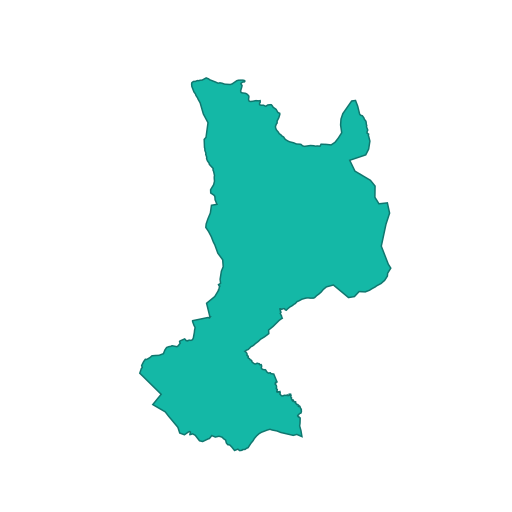 Gwaram, Jigawa, Nigeria (Robinson projection), rotated 250°
{"feature_id": "59680162B43366957039329", "entity_name": "Gwaram", "entity_type": "district", "adm_level": 2, "iso_a3": "NGA", "parent_name": "Nigeria", "parent_adm1": "Jigawa", "projection": "robinson", "projection_center": [9.954, 11.204], "detail": "fine", "context": "isolated", "style": "filled", "palette": "teal", "viewbox_px": 512, "rotation_deg": 250, "n_neighbors": 0, "source": "geoboundaries", "source_scale": "gbopen_adm2", "svg_char_len": 6117}
<svg xmlns="http://www.w3.org/2000/svg" viewBox="0 0 512 512"><g transform="rotate(250 256 256)"><path d="M70.6,237.4L76.5,238.5L81.4,238.9L83.9,240.2L88.7,242.1L89.3,241.7L89.7,241.2L90.5,241.3L90.6,240.7L91.5,240.4L92.0,240.7L92.1,241.2L92.9,242.8L93.1,243.6L93.0,244.4L93.9,245.2L94.8,245.7L95.7,245.7L96.5,246.2L97.4,245.8L99.7,245.8L100.1,245.2L100.0,244.6L100.3,244.4L100.9,245.1L102.3,244.3L102.4,243.6L104.6,242.8L105.1,243.4L105.6,243.1L105.7,242.6L106.0,242.0L106.8,241.7L107.5,241.8L108.2,241.5L108.3,241.0L107.9,240.7L109.8,240.4L110.5,240.9L111.4,240.5L112.3,240.7L112.8,241.2L113.6,241.2L114.3,241.3L114.5,240.9L114.7,240.3L113.9,240.4L113.6,239.9L113.9,239.5L114.2,238.9L113.8,238.3L114.8,237.8L114.6,237.4L114.6,236.7L115.1,235.8L115.5,234.7L115.3,234.3L115.3,233.8L115.5,233.3L115.4,232.9L115.7,232.4L116.2,232.0L116.9,231.7L117.7,231.6L118.1,231.2L119.3,232.0L120.5,232.1L120.5,231.6L120.1,231.2L120.7,230.7L121.0,230.2L120.6,229.8L120.9,229.3L121.3,229.1L121.8,229.2L122.9,230.2L123.4,230.4L123.8,229.9L124.6,229.7L125.4,230.3L126.5,230.7L127.5,230.8L129.1,230.2L129.6,230.6L130.1,230.7L130.5,231.2L130.0,231.4L130.5,232.0L130.5,232.7L131.4,232.6L139.0,232.3L140.4,229.7L141.3,229.6L141.6,228.5L141.5,227.9L142.1,227.3L143.4,226.5L145.5,226.1L146.0,225.8L146.2,225.1L147.3,223.2L149.1,222.7L150.2,223.5L151.4,223.8L152.2,223.7L152.7,222.2L153.7,222.2L154.3,221.1L154.9,220.4L154.7,219.1L154.8,218.2L155.9,217.1L156.8,216.6L158.1,215.9L158.8,216.2L160.0,215.7L160.6,214.9L161.8,214.8L162.3,214.1L163.2,213.7L163.7,214.2L164.6,214.4L165.1,213.9L165.9,213.5L166.6,214.0L167.7,214.1L169.1,213.6L170.2,213.0L170.2,213.4L170.8,214.7L170.8,216.7L172.6,220.6L172.6,221.9L173.2,223.9L173.8,225.2L175.0,229.1L176.2,231.7L177.1,236.3L178.7,241.5L182.1,242.5L184.0,248.0L187.6,255.8L188.2,257.8L188.5,259.4L189.9,259.3L190.9,259.5L193.8,259.1L194.7,260.3L195.6,260.0L196.4,260.3L197.4,260.2L198.2,260.5L197.9,261.2L197.1,261.8L197.2,263.6L196.9,264.4L196.6,264.8L195.4,265.1L194.7,265.9L195.6,267.8L196.5,270.3L196.9,272.9L197.3,274.2L197.7,275.3L197.9,276.7L199.1,278.9L199.2,281.1L199.7,284.5L199.4,288.4L198.9,290.5L197.8,292.7L197.4,293.8L196.8,295.6L196.8,296.8L198.0,299.4L198.9,302.5L199.9,305.0L201.5,307.7L202.9,311.6L202.3,318.8L185.3,328.7L184.2,334.6L187.3,340.7L184.9,346.4L185.0,351.0L185.6,353.6L186.2,357.6L186.7,359.1L187.4,364.1L189.2,368.7L192.2,372.6L194.8,373.8L198.5,378.5L203.0,377.5L222.4,377.1L241.4,389.0L250.6,396.2L261.0,397.6L263.0,389.4L270.5,387.8L281.0,391.8L288.0,389.4L301.9,378.0L313.9,376.8L313.5,393.7L317.9,398.4L325.0,402.3L329.7,402.8L330.8,402.8L332.0,403.5L333.5,402.4L335.0,403.0L336.1,404.1L339.6,404.0L340.8,404.7L342.0,404.7L344.3,405.3L345.5,405.3L347.3,404.6L349.0,404.6L351.4,403.9L352.5,402.5L353.7,401.9L362.1,402.8L368.1,402.7L368.9,399.2L368.7,398.9L368.8,398.7L360.1,386.3L355.6,382.7L350.2,380.3L342.5,378.7L338.6,373.6L335.8,369.1L334.7,364.6L336.8,360.3L338.8,355.4L337.3,353.7L338.5,351.1L338.8,349.5L339.9,347.9L341.2,345.0L342.4,339.2L342.9,338.3L343.8,337.3L345.4,336.5L346.0,335.6L347.4,332.3L349.5,330.1L351.7,326.8L352.6,325.8L354.7,324.0L356.3,323.1L358.3,322.7L360.1,321.3L361.5,320.8L362.9,319.7L364.9,319.3L367.2,318.4L369.4,318.2L371.1,318.6L373.0,320.2L373.7,321.3L375.6,322.0L378.1,324.7L380.9,326.8L382.0,327.1L383.3,325.7L387.0,325.0L389.9,323.0L391.3,322.7L392.8,322.2L393.3,321.2L393.9,318.7L393.3,316.4L395.2,314.5L395.9,312.4L396.7,311.3L397.6,311.2L398.5,311.8L399.1,312.6L400.6,313.0L400.9,311.4L401.3,310.8L401.5,309.8L402.0,309.3L402.5,305.9L403.1,303.5L403.8,302.6L405.2,302.4L406.6,303.0L408.0,303.8L409.2,303.9L411.4,302.8L412.5,301.7L414.0,298.8L414.8,297.9L416.4,298.0L419.8,300.5L421.0,301.2L423.0,300.7L423.6,301.4L424.0,302.9L423.6,304.7L424.2,305.4L425.0,305.0L425.8,303.7L426.7,301.1L427.2,299.5L427.3,297.9L425.9,292.6L425.9,290.6L428.2,285.3L429.9,283.3L431.1,281.3L431.3,279.5L433.4,277.4L437.5,272.7L438.6,272.1L440.4,270.1L439.7,265.5L440.3,263.5L440.3,262.2L440.9,260.9L440.8,258.9L441.4,256.9L440.8,255.0L439.6,254.3L437.3,253.7L431.4,253.8L429.1,254.5L427.3,254.5L424.4,255.2L423.2,255.2L419.1,255.9L407.4,255.1L397.7,256.5L384.6,249.6L383.3,247.2L375.6,244.7L374.5,244.7L372.7,244.1L369.8,244.1L368.6,243.5L365.7,243.5L364.5,242.9L362.1,242.9L359.1,243.7L358.0,243.5L352.8,245.7L351.6,245.0L349.9,245.1L345.7,244.5L344.6,243.8L342.8,243.2L340.5,242.6L337.5,240.6L333.8,236.0L330.7,235.0L327.7,237.2L326.2,237.7L324.5,237.3L322.8,236.8L317.9,237.0L318.9,231.5L312.0,227.8L307.1,223.3L303.1,220.1L300.0,218.6L295.3,219.8L289.3,220.6L283.8,220.7L280.6,221.1L271.7,221.1L263.8,223.4L257.1,221.5L253.6,218.3L246.4,214.3L242.5,213.4L242.0,211.9L242.0,211.0L241.4,211.0L240.9,211.1L240.1,211.7L239.4,210.9L239.0,210.8L237.5,209.8L236.9,209.0L236.6,209.1L232.0,203.4L228.5,193.4L214.8,191.9L214.6,192.2L214.5,191.9L214.3,192.0L213.9,191.6L213.7,190.9L214.6,190.0L216.9,174.3L216.1,174.0L212.3,174.0L209.5,174.3L207.3,172.9L205.2,171.9L200.3,169.0L199.1,167.7L198.9,166.4L199.3,165.2L199.8,164.5L199.8,163.7L199.5,162.8L200.1,162.3L200.1,161.7L200.6,161.2L201.5,161.1L202.5,160.6L202.2,156.0L202.0,155.1L201.5,154.8L200.0,155.0L198.2,152.1L197.8,150.7L200.4,146.4L200.2,145.1L200.6,143.3L200.6,140.7L198.8,138.2L195.9,135.6L195.8,131.0L197.1,126.8L197.8,124.1L196.9,121.9L196.2,118.2L196.4,117.3L196.8,116.7L195.2,114.3L192.2,111.1L190.1,111.0L189.5,109.8L185.6,106.7L158.5,119.6L151.7,108.2L150.7,109.0L140.6,117.4L135.3,119.1L121.7,124.0L115.7,123.8L112.5,127.6L113.6,131.8L113.8,132.8L113.7,133.7L113.0,134.2L110.8,132.8L110.6,133.3L110.6,134.3L110.7,135.3L109.7,136.4L108.3,137.6L101.7,139.7L99.9,142.4L100.5,148.6L100.4,149.7L101.0,150.7L101.1,151.1L101.4,151.4L102.4,153.1L101.4,154.0L100.4,155.3L99.8,155.7L99.3,159.5L98.3,161.0L97.3,162.2L95.3,163.1L93.4,164.5L90.5,164.2L88.4,164.9L87.4,166.7L84.8,167.9L80.6,169.3L80.7,172.9L78.7,174.1L78.2,176.4L78.7,177.0L78.0,179.6L78.5,181.1L78.6,183.0L81.7,187.1L83.4,190.0L85.1,192.1L86.8,195.1L88.0,198.1L88.5,200.8L88.6,207.0L88.4,209.9L87.0,211.6L84.4,215.9L81.7,218.9L74.7,229.7L74.4,233.3L70.6,237.4Z" fill="#14b8a6" stroke="#0f766e" stroke-width="1.5"/></g></svg>